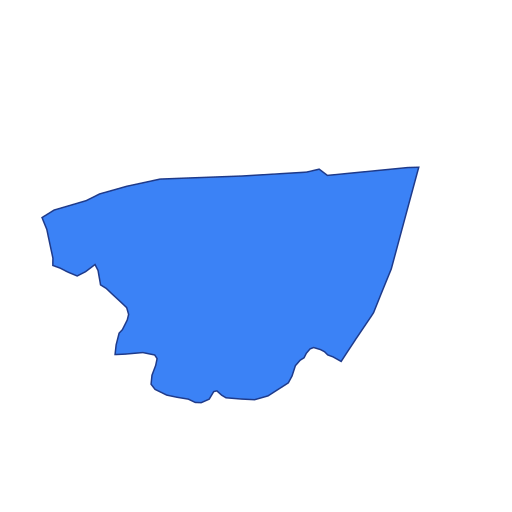 the district of As Serief, North Darfur, Sudan, rotated 333°
{"feature_id": "16777658B191743768731", "entity_name": "As Serief", "entity_type": "district", "adm_level": 2, "iso_a3": "SDN", "parent_name": "Sudan", "parent_adm1": "North Darfur", "projection": "albers", "projection_center": [23.384, 13.974], "detail": "fine", "context": "isolated", "style": "filled", "palette": "blue", "viewbox_px": 512, "rotation_deg": 333, "n_neighbors": 0, "source": "geoboundaries", "source_scale": "gbopen_adm2", "svg_char_len": 1800}
<svg xmlns="http://www.w3.org/2000/svg" viewBox="0 0 512 512"><g transform="rotate(333 256 256)"><path d="M351.7,207.3L339.1,204.2L278.5,177.8L278.4,177.7L237.6,158.8L227.7,154.2L205.4,143.9L172.5,135.2L144.9,129.7L129.9,129.6L97.0,123.4L82.8,124.6L82.8,125.0L82.5,127.7L82.1,132.4L81.7,137.3L80.3,142.5L79.9,143.8L79.4,145.8L76.2,157.7L75.5,160.4L74.1,165.6L74.0,165.9L73.8,166.3L73.7,166.4L73.1,167.6L72.9,167.9L72.8,168.2L72.6,168.5L71.5,170.6L71.2,171.2L71.1,171.5L70.7,172.2L72.5,174.1L72.6,174.3L73.5,175.2L76.0,177.9L77.6,180.1L79.0,182.0L79.2,182.3L79.3,182.5L79.5,182.8L79.7,183.1L79.9,183.3L80.1,183.6L80.3,183.9L80.4,184.0L81.5,185.4L82.5,186.6L82.9,187.1L83.1,187.3L87.6,192.6L88.0,192.6L92.6,192.6L97.0,192.6L108.7,190.5L108.7,192.8L108.7,195.2L108.7,197.2L108.2,198.8L108.1,199.1L107.6,200.7L104.9,209.6L104.8,209.9L104.7,210.0L104.5,210.7L104.4,211.2L104.5,211.4L105.6,213.2L107.8,216.8L110.2,223.6L113.7,233.1L117.3,243.2L117.3,243.5L116.0,250.2L115.4,250.9L112.2,254.6L103.5,261.0L99.0,262.6L91.1,271.6L87.0,277.8L85.7,279.8L87.1,280.5L95.1,284.1L109.5,289.9L111.4,290.7L120.8,298.2L121.3,302.5L117.0,307.9L109.2,315.0L104.3,322.6L105.5,329.0L113.3,339.4L121.5,346.0L130.7,352.8L135.4,358.9L140.6,361.8L149.3,362.3L156.8,357.6L159.9,358.4L162.2,364.4L164.9,368.7L178.0,376.8L189.5,383.4L203.2,386.1L227.2,383.7L233.6,379.3L241.3,371.6L248.0,368.9L252.6,368.5L256.7,365.5L262.0,363.3L265.8,363.7L271.0,368.7L273.6,372.4L275.0,376.7L278.8,380.8L284.0,388.6L294.1,382.8L305.4,376.4L307.1,375.4L307.4,375.2L309.3,374.2L314.5,371.3L331.7,361.8L333.4,360.8L333.6,360.7L335.1,359.8L345.5,350.7L348.7,347.9L349.6,347.1L361.3,337.0L370.6,329.0L394.8,302.2L419.2,275.2L441.3,250.8L431.4,246.1L389.1,229.5L356.2,216.6L351.7,207.3Z" fill="#3b82f6" stroke="#1e3a8a" stroke-width="1.5"/></g></svg>